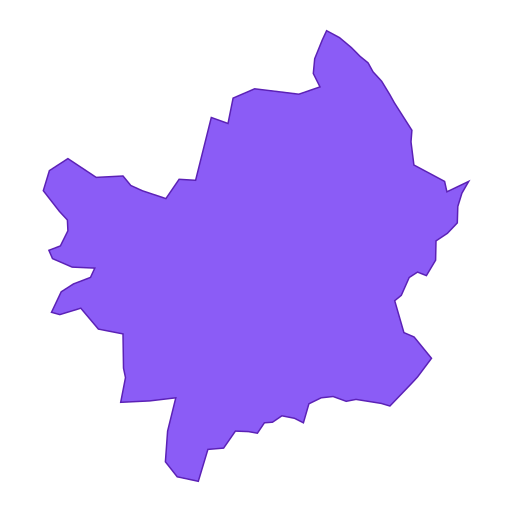 outline of Santo Expedito do Sul, Rio Grande do Sul, Brazil
{"feature_id": "56859067B67649828146621", "entity_name": "Santo Expedito do Sul", "entity_type": "district", "adm_level": 2, "iso_a3": "BRA", "parent_name": "Brazil", "parent_adm1": "Rio Grande do Sul", "projection": "mercator", "projection_center": [-51.663, -27.922], "detail": "fine", "context": "isolated", "style": "filled", "palette": "violet", "viewbox_px": 512, "rotation_deg": 0, "n_neighbors": 0, "source": "geoboundaries", "source_scale": "gbopen_adm2", "svg_char_len": 1213}
<svg xmlns="http://www.w3.org/2000/svg" viewBox="0 0 512 512"><path d="M67.9,158.6L49.4,170.6L43.3,190.7L59.5,211.5L67.4,220.0L67.9,230.8L60.4,245.9L48.9,250.3L52.5,258.6L72.1,267.1L94.8,268.1L90.5,277.4L73.5,283.9L61.2,291.8L51.5,312.3L59.8,314.6L80.8,308.2L98.4,329.1L123.0,333.9L123.5,368.1L125.5,377.6L120.7,402.3L149.7,400.9L175.8,397.8L167.6,431.1L165.4,461.8L177.2,476.8L198.3,481.3L207.9,449.4L223.6,448.1L235.4,431.1L248.5,431.6L257.4,433.2L264.4,422.8L272.5,422.2L281.9,415.8L294.5,418.3L303.4,422.8L308.9,403.8L321.2,397.8L333.1,396.5L346.2,401.3L356.0,399.4L381.2,403.4L389.9,406.0L411.4,383.6L417.5,377.0L431.5,358.3L414.1,337.0L403.9,332.6L394.7,300.7L401.3,295.3L409.2,277.5L417.5,272.1L426.4,275.6L435.6,260.2L436.0,240.9L447.4,233.3L457.3,222.9L457.8,206.5L461.9,193.2L468.7,181.4L446.9,191.8L444.6,181.4L413.9,165.0L411.0,141.9L411.9,130.3L394.3,102.7L389.9,94.8L381.7,81.3L373.0,71.8L368.1,62.9L359.9,56.2L351.5,47.7L339.6,37.7L326.6,30.7L322.2,40.2L314.7,58.7L313.3,73.5L320.0,86.9L298.8,94.2L254.6,88.8L233.1,98.1L228.0,123.5L211.3,117.5L195.6,180.3L179.1,179.3L165.9,198.6L142.2,190.7L130.8,185.5L123.0,176.0L96.2,177.4L67.9,158.6Z" fill="#8b5cf6" stroke="#5b21b6" stroke-width="1.5"/></svg>